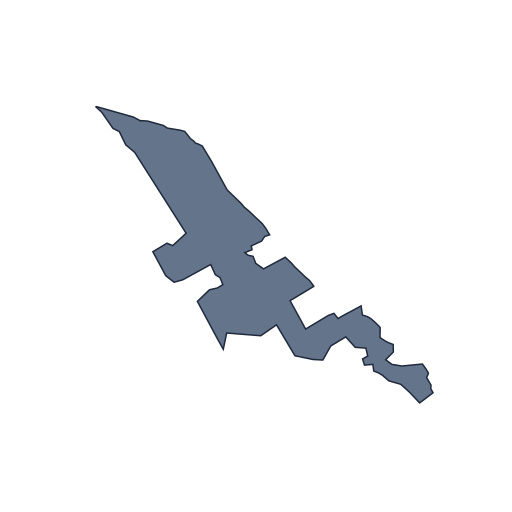 Wekilbazar, Mary, Turkmenistan (Natural Earth projection), rotated 329°
{"feature_id": "10190150B57236240934442", "entity_name": "Wekilbazar", "entity_type": "district", "adm_level": 2, "iso_a3": "TKM", "parent_name": "Turkmenistan", "parent_adm1": "Mary", "projection": "natural_earth1", "projection_center": [61.577, 38.453], "detail": "fine", "context": "isolated", "style": "filled", "palette": "slate", "viewbox_px": 512, "rotation_deg": 329, "n_neighbors": 0, "source": "geoboundaries", "source_scale": "gbopen_adm2", "svg_char_len": 2005}
<svg xmlns="http://www.w3.org/2000/svg" viewBox="0 0 512 512"><g transform="rotate(329 256 256)"><path d="M222.5,73.8L196.7,46.3L196.2,45.8L195.6,45.8L197.1,50.9L197.8,53.3L199.1,72.9L202.9,79.0L201.6,93.6L205.4,104.7L207.8,200.5L207.3,200.6L191.4,203.9L190.0,204.2L186.3,199.2L169.8,199.2L168.5,226.4L171.1,233.3L172.2,236.1L172.3,236.3L178.4,238.0L181.1,238.7L206.9,239.7L212.8,240.0L211.5,251.1L213.1,254.1L214.0,256.0L213.4,260.0L212.8,263.5L206.4,263.5L198.8,261.0L196.4,261.5L182.4,264.7L180.4,304.9L179.9,319.1L191.2,306.9L203.6,315.8L219.0,326.8L237.5,325.6L238.1,325.5L238.1,337.4L238.0,361.6L239.3,362.8L251.6,374.1L259.7,379.6L272.0,372.6L273.8,371.6L291.3,371.6L292.1,375.9L294.0,385.4L302.7,391.5L301.5,395.5L300.2,399.3L294.3,399.1L292.8,405.4L300.3,409.1L298.0,414.6L297.7,415.3L300.8,419.3L303.0,423.5L305.5,431.3L307.1,433.1L314.0,440.5L317.4,451.7L320.6,466.2L322.6,466.0L337.3,464.4L337.5,459.7L337.7,459.4L339.5,456.9L339.5,455.7L339.7,447.9L341.9,446.5L342.8,445.8L343.4,445.3L343.5,443.9L343.5,440.0L343.0,434.3L324.3,425.4L319.3,421.1L316.8,419.1L316.7,418.9L313.7,411.7L324.3,409.0L328.0,402.5L324.4,397.8L324.2,397.3L323.6,396.6L320.3,389.9L320.7,389.3L320.6,389.1L322.6,386.1L325.6,381.2L325.1,378.8L323.8,373.8L322.2,369.0L321.5,367.4L320.1,365.1L316.8,361.4L320.4,352.9L299.7,351.9L294.1,351.9L293.3,345.3L287.5,344.2L260.9,344.2L261.4,332.5L262.2,312.1L262.2,311.8L289.9,311.8L290.0,311.3L289.3,304.7L287.5,299.4L283.7,285.8L282.7,280.3L280.5,272.4L280.4,272.1L255.8,270.9L254.9,268.7L254.3,267.5L253.1,264.7L252.0,262.2L253.3,254.8L249.5,251.1L248.2,247.4L251.0,247.8L255.8,248.6L256.2,247.7L257.1,244.9L268.5,246.1L273.1,243.9L273.6,243.7L278.6,244.9L278.6,243.6L278.6,236.9L278.0,231.3L275.5,222.7L273.3,214.5L271.0,207.9L270.4,203.6L265.3,184.5L266.6,152.5L266.6,134.1L264.4,130.6L262.2,127.9L261.9,125.7L260.3,121.8L259.1,112.6L255.9,109.2L245.8,100.6L243.9,96.5L232.7,84.6L227.3,80.8L226.7,80.8L222.5,73.8Z" fill="#64748b" stroke="#1e293b" stroke-width="1.5"/></g></svg>